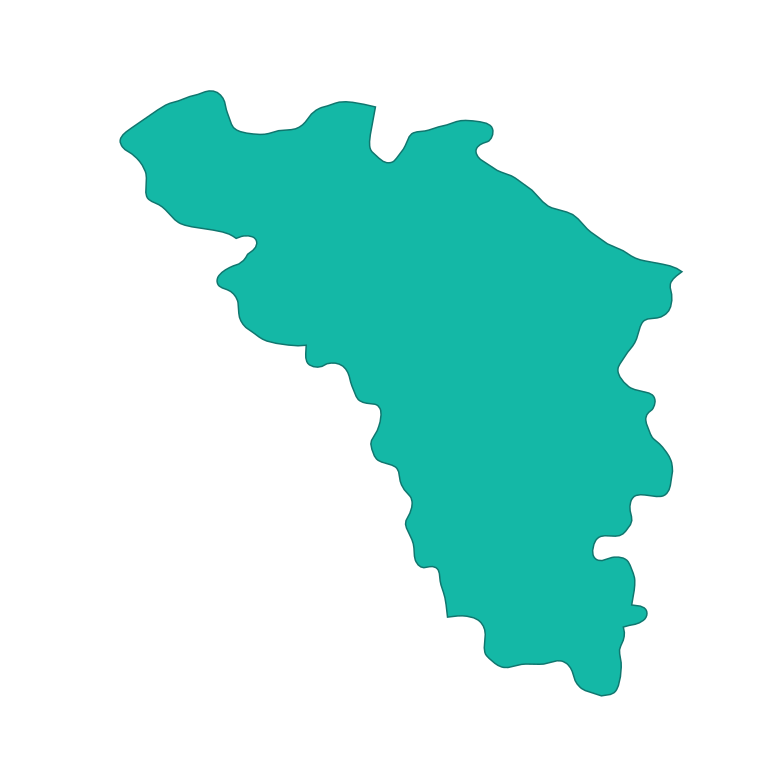 outline of La Mata, Sánchez Ramírez, Dominican Republic, rotated 99°
{"feature_id": "3306468B26306333639139", "entity_name": "La Mata", "entity_type": "district", "adm_level": 2, "iso_a3": "DOM", "parent_name": "Dominican Republic", "parent_adm1": "Sánchez Ramírez", "projection": "orthographic", "projection_center": [-70.199, 19.067], "detail": "fine", "context": "isolated", "style": "filled", "palette": "teal", "viewbox_px": 768, "rotation_deg": 99, "n_neighbors": 0, "source": "geoboundaries", "source_scale": "gbopen_adm2", "svg_char_len": 5413}
<svg xmlns="http://www.w3.org/2000/svg" viewBox="0 0 768 768"><g transform="rotate(99 384 384)"><path d="M226.5,107.3L224.1,112.9L222.6,120.0L222.1,127.5L221.6,145.3L221.3,150.3L220.4,155.2L218.9,159.8L215.0,168.6L210.6,185.3L201.5,203.7L199.1,207.5L190.6,218.1L187.2,224.0L185.6,230.3L183.8,245.7L182.6,249.8L179.2,255.7L169.4,268.2L160.0,286.7L158.5,290.7L156.4,301.4L155.3,305.7L147.1,323.9L144.8,326.8L141.9,328.9L140.2,329.5L138.4,329.7L136.6,329.3L135.1,328.6L132.6,326.5L130.7,323.9L128.4,319.6L127.4,318.3L124.3,316.5L120.7,315.7L116.9,316.0L115.1,316.7L113.3,317.9L112.0,319.6L110.5,323.6L110.0,330.2L110.2,337.3L110.9,344.6L111.9,349.3L113.5,353.5L118.3,362.5L121.6,370.5L126.2,379.5L127.7,383.2L129.8,390.9L131.4,394.3L132.6,395.8L135.8,397.8L145.3,400.3L149.0,401.6L159.0,406.9L162.1,408.9L163.4,410.3L164.3,412.1L164.8,414.0L165.0,416.0L164.2,419.8L161.6,424.6L156.5,432.2L155.0,433.6L153.1,434.7L151.1,435.4L146.8,436.2L139.9,436.5L111.7,435.8L110.9,447.5L110.7,459.0L111.2,465.8L112.6,472.3L114.3,476.1L118.1,483.2L120.7,488.9L121.8,490.7L124.2,493.9L128.7,497.9L137.6,502.7L140.8,505.0L143.6,507.9L145.8,511.3L147.3,515.4L150.3,527.8L154.6,537.0L156.0,541.0L156.9,545.4L157.5,552.2L157.7,558.9L157.2,565.4L156.2,569.3L154.3,572.8L151.3,575.3L141.3,580.8L137.8,582.6L130.2,585.6L126.9,587.8L124.2,590.7L122.2,594.2L121.4,598.4L121.9,602.6L123.3,606.3L127.1,613.1L130.5,620.9L136.6,631.5L140.2,639.3L142.7,643.3L148.8,650.5L170.6,673.4L175.4,678.2L178.7,680.8L182.4,682.5L184.5,682.7L186.4,682.4L189.5,680.6L190.8,679.4L193.0,676.5L196.1,669.2L199.6,663.6L202.5,660.1L205.8,656.9L211.4,653.0L213.5,652.0L217.7,650.9L232.1,649.2L235.6,647.9L237.2,646.8L238.4,645.4L240.0,642.0L242.1,634.5L243.8,630.7L246.2,627.0L254.5,616.3L256.6,612.3L257.4,610.1L258.3,605.5L258.8,598.4L258.7,576.8L259.1,567.3L260.2,560.4L261.6,556.4L263.3,552.8L260.5,547.8L259.7,545.6L258.9,541.2L259.2,537.0L259.9,535.0L261.5,533.1L263.3,532.1L265.2,531.6L268.9,532.2L272.5,534.4L277.2,539.0L280.7,540.3L284.0,542.1L288.2,546.2L290.9,551.3L293.2,554.8L296.1,558.5L299.2,561.6L302.7,564.0L304.6,564.8L306.6,565.1L308.5,565.0L310.3,564.4L311.9,563.4L313.1,562.0L314.4,558.8L315.4,553.6L316.6,549.9L318.6,546.7L321.3,543.9L324.6,541.7L326.5,540.9L336.7,538.5L340.7,537.2L344.1,535.2L347.2,532.5L349.7,529.4L350.7,527.5L353.4,521.9L357.1,514.8L358.7,511.0L359.9,506.4L360.7,496.9L360.5,484.6L359.7,474.9L357.9,466.9L366.6,466.0L370.4,465.3L373.9,463.8L375.5,462.5L376.8,460.6L377.9,456.4L377.7,452.1L376.3,448.0L372.9,443.5L371.6,439.5L371.0,435.4L371.4,431.3L372.8,427.4L375.2,424.2L378.2,421.6L381.7,419.6L387.4,417.2L390.9,415.4L400.7,409.5L403.4,407.0L404.3,405.4L405.4,401.9L405.7,398.2L405.4,389.8L405.7,388.2L406.4,386.6L408.8,384.1L410.7,383.1L414.9,382.1L421.8,381.9L426.5,382.5L431.1,383.4L441.7,387.5L445.3,387.6L450.3,385.8L456.5,382.3L459.2,379.7L460.3,377.9L461.5,374.0L462.9,363.5L464.2,359.6L465.4,358.0L468.4,355.8L477.4,352.8L480.8,351.0L485.2,347.5L490.9,340.6L492.3,339.4L495.7,337.9L497.6,337.5L501.5,337.3L507.4,338.2L515.5,340.9L519.1,340.8L522.7,339.3L533.3,332.1L537.2,330.1L541.2,328.8L549.3,327.0L553.1,325.5L554.6,324.5L557.3,322.0L558.9,319.0L559.2,315.9L557.3,310.4L556.7,307.4L557.2,304.1L558.1,302.6L559.3,301.3L562.4,299.7L569.8,297.7L573.5,296.3L580.7,292.6L585.5,290.4L592.4,288.1L604.3,284.8L601.6,275.1L600.7,270.3L600.4,265.7L600.9,258.8L602.3,254.4L603.3,252.6L604.5,250.9L607.5,248.1L611.0,246.1L615.5,244.8L628.9,243.7L633.0,242.5L634.9,241.5L636.3,240.2L638.6,237.2L642.5,230.9L644.1,227.4L645.1,223.4L645.2,221.3L644.6,217.1L639.4,204.3L638.4,200.1L636.5,186.7L635.6,182.4L630.3,169.8L629.8,165.7L630.1,163.6L631.5,159.8L632.6,158.2L635.2,155.4L638.3,153.2L647.1,148.8L650.2,146.2L652.7,143.1L653.8,141.4L655.3,137.3L658.0,120.5L655.2,111.8L653.0,108.6L651.3,107.3L649.4,106.4L645.2,105.3L636.1,104.7L626.6,105.4L622.1,106.2L613.7,109.0L609.7,109.8L605.7,109.2L599.7,107.6L595.8,107.3L591.9,107.7L586.6,109.6L584.1,104.1L582.0,98.3L579.9,94.4L577.0,91.0L575.3,89.6L573.3,88.7L571.3,88.3L569.3,88.4L567.4,89.0L565.7,90.2L564.4,92.0L563.3,96.0L563.5,104.8L548.5,104.6L543.5,104.9L538.7,105.6L536.4,106.2L532.0,108.2L524.5,112.6L521.5,114.9L520.2,116.4L519.2,118.4L518.5,120.6L518.3,125.1L519.0,129.6L519.7,131.8L524.3,141.0L524.6,144.7L524.2,146.5L523.2,148.3L521.6,149.9L519.8,150.9L515.8,151.9L509.4,151.6L505.3,150.4L503.5,149.3L501.8,147.8L500.6,146.0L499.3,142.1L498.1,131.7L496.9,127.7L494.6,124.5L491.6,122.3L484.4,118.6L480.2,117.9L476.3,118.8L470.6,121.1L466.3,122.0L461.9,121.9L459.8,121.5L457.8,120.6L455.9,119.3L454.6,117.5L453.2,113.3L452.8,108.9L452.5,97.3L451.7,92.9L450.9,90.9L449.5,89.0L447.8,87.6L443.9,85.9L439.5,85.3L425.0,85.4L420.8,86.3L416.7,87.6L414.7,88.6L410.9,91.1L407.5,94.1L402.8,99.0L400.1,102.5L396.0,109.2L394.8,110.7L391.8,113.0L382.1,118.6L378.7,119.8L376.8,120.1L373.3,119.6L370.6,118.1L367.4,115.2L366.0,114.5L362.6,113.6L359.1,113.5L357.3,113.9L355.5,114.7L354.0,115.8L352.8,117.3L351.5,120.9L350.3,135.4L349.3,139.7L348.4,141.8L344.7,147.4L340.1,152.1L336.5,154.3L334.6,155.0L332.5,155.3L330.6,155.2L327.2,154.1L314.7,148.4L307.7,144.4L304.0,142.8L299.8,141.6L287.3,139.9L283.6,138.8L281.9,137.9L280.5,136.8L278.5,133.7L276.0,124.5L274.4,120.9L271.9,117.8L270.5,116.4L267.1,114.2L262.9,113.0L256.5,112.8L250.5,113.9L244.0,116.4L240.5,116.8L238.6,116.5L234.9,114.7L231.4,112.0L226.5,107.3Z" fill="#14b8a6" stroke="#0f766e" stroke-width="1.5"/></g></svg>